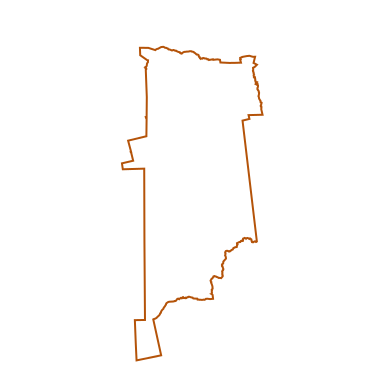 the district of Río Seco, Córdoba, Argentina, rotated 77°
{"feature_id": "61730980B71498262551365", "entity_name": "Río Seco", "entity_type": "district", "adm_level": 2, "iso_a3": "ARG", "parent_name": "Argentina", "parent_adm1": "Córdoba", "projection": "natural_earth1", "projection_center": [-63.26, -30.047], "detail": "fine", "context": "isolated", "style": "outline", "palette": "amber", "viewbox_px": 384, "rotation_deg": 77, "n_neighbors": 0, "source": "geoboundaries", "source_scale": "gbopen_adm2", "svg_char_len": 5965}
<svg xmlns="http://www.w3.org/2000/svg" viewBox="0 0 384 384"><g transform="rotate(77 192 192)"><path d="M82.6,100.1L80.5,102.5L80.1,103.0L74.4,100.1L74.0,102.1L73.3,103.5L72.2,105.4L72.1,105.9L72.1,106.7L71.9,107.8L71.7,112.3L71.8,112.3L72.1,114.8L73.6,114.7L73.6,115.3L77.0,115.2L75.7,121.7L74.6,126.7L72.2,135.2L69.5,135.0L68.5,137.3L68.0,141.6L67.4,141.7L67.2,145.8L66.7,145.9L66.4,146.1L66.4,146.8L66.3,147.1L66.2,147.3L65.7,147.4L65.1,148.2L65.0,148.4L65.0,149.1L64.9,149.4L64.5,149.8L63.9,151.0L64.0,151.5L64.4,151.8L64.4,152.0L64.1,152.3L64.1,152.7L63.9,153.2L64.2,153.6L63.4,154.2L63.1,154.2L62.9,154.1L62.4,154.1L62.0,154.7L61.2,154.9L60.5,154.7L60.1,154.8L59.7,155.1L59.4,155.7L59.3,155.8L59.1,156.1L59.1,156.6L57.4,157.7L56.7,158.5L55.9,158.9L55.1,160.7L54.8,160.8L54.3,162.4L54.4,163.7L54.0,165.5L54.0,166.6L53.8,167.4L53.8,168.5L54.0,169.3L54.2,169.8L54.8,170.8L54.4,171.1L54.5,171.6L54.3,171.9L53.6,172.2L53.5,172.5L53.0,172.5L52.4,173.9L51.4,175.1L51.3,175.4L50.8,175.6L50.6,176.1L50.6,176.5L50.4,176.6L50.0,177.4L49.5,177.9L49.4,178.4L49.6,179.2L49.6,179.7L48.4,181.3L47.8,182.4L47.8,182.8L47.4,183.1L46.7,183.3L46.3,184.1L45.8,184.6L45.6,185.3L45.2,186.1L44.8,186.3L44.0,187.5L44.0,188.5L43.8,189.3L44.4,191.6L44.8,192.7L44.7,193.6L45.0,195.0L45.5,195.8L41.7,202.2L39.8,210.3L47.1,211.7L54.0,205.5L54.0,205.3L55.7,205.8L56.5,206.8L57.3,207.2L58.1,207.4L59.1,207.9L59.5,208.4L59.7,209.0L59.9,209.5L60.0,209.4L60.2,209.0L60.5,209.2L60.9,209.0L61.3,209.5L61.5,209.4L61.7,208.8L61.9,208.8L62.8,209.6L89.4,214.7L108.5,219.3L108.5,220.2L109.7,220.1L109.8,219.6L127.4,223.9L127.6,242.7L139.4,242.3L139.4,242.7L139.8,242.6L140.3,242.4L148.3,242.3L148.3,253.8L154.3,254.3L158.5,233.3L229.6,249.5L306.1,266.6L304.0,276.5L326.6,280.8L343.6,283.9L344.2,258.8L307.4,258.4L307.2,257.6L307.2,256.8L307.0,255.9L306.7,254.9L306.0,253.9L304.7,251.6L303.8,250.7L303.1,250.4L302.7,249.5L301.4,248.9L300.7,248.1L300.2,247.6L299.5,246.4L299.2,246.0L298.4,245.6L297.9,245.0L297.4,244.2L296.5,243.5L295.9,242.7L295.3,242.5L294.6,241.9L293.8,239.8L293.9,238.2L294.3,236.1L294.5,234.5L294.5,234.0L294.3,233.5L294.5,232.8L294.2,231.8L293.4,231.1L293.1,230.7L292.8,230.2L292.8,229.5L292.8,229.4L293.2,229.2L293.6,228.6L293.2,228.1L292.7,226.8L293.2,226.4L293.3,225.9L292.8,225.5L292.4,224.6L292.4,224.4L292.9,224.3L293.3,224.5L293.4,224.3L293.4,223.7L293.7,222.9L293.5,222.6L293.5,222.3L294.0,222.2L294.1,221.4L293.5,220.4L293.5,220.1L293.6,219.5L293.3,219.1L293.3,218.7L293.4,218.3L294.1,217.2L294.9,215.7L295.0,215.2L295.9,214.8L296.2,214.2L297.1,210.9L298.1,210.8L298.2,210.3L298.2,209.9L298.7,209.1L298.7,208.5L299.2,207.2L299.5,205.7L299.5,204.6L299.8,204.3L299.8,203.9L299.6,203.0L299.3,202.6L299.2,202.3L299.4,201.7L299.5,200.8L299.9,199.9L300.1,199.2L300.4,198.6L300.8,195.5L297.2,195.1L296.8,195.1L296.1,195.6L295.9,195.8L295.9,195.6L295.6,195.5L295.2,195.7L294.5,195.4L294.2,195.1L293.1,195.1L292.5,194.9L292.4,194.7L291.7,194.8L291.2,194.3L291.0,193.8L290.3,193.5L289.4,193.5L288.5,193.3L286.3,193.5L285.0,193.7L284.7,193.8L284.2,193.4L283.8,193.7L283.5,193.8L282.4,193.8L281.9,193.2L280.9,192.4L280.8,191.6L280.6,191.4L279.7,190.6L279.5,190.2L279.3,190.1L279.4,189.9L279.0,189.5L278.9,189.3L278.9,189.1L279.6,188.1L279.7,187.7L280.4,187.0L280.6,186.5L280.8,186.2L281.7,185.4L281.7,185.0L281.9,184.7L282.2,183.5L282.5,183.0L281.2,181.2L280.9,181.0L280.4,180.9L280.2,181.1L279.9,181.1L279.1,180.8L278.7,181.0L278.5,180.8L277.9,180.7L277.6,180.5L277.2,180.5L276.5,180.6L275.9,180.4L275.5,179.6L274.9,179.5L274.7,179.0L274.3,178.8L273.5,178.8L273.0,179.0L272.0,178.9L271.3,179.4L271.0,179.4L270.6,179.1L270.2,179.3L269.8,179.3L269.5,179.1L269.4,178.9L269.2,178.9L269.0,178.5L268.8,178.0L268.6,177.7L268.2,177.5L267.6,177.4L267.0,177.2L266.4,176.6L266.1,176.0L265.7,175.6L265.0,174.5L264.7,174.1L264.3,173.8L262.8,173.7L261.1,174.0L260.9,173.7L259.2,173.1L258.8,173.4L258.4,173.3L257.9,173.0L257.3,172.5L257.2,172.4L257.1,171.7L257.2,170.9L257.5,170.3L257.7,170.2L258.0,169.8L258.0,169.2L258.4,169.1L258.4,168.5L258.2,168.3L258.1,167.7L257.3,166.4L257.3,165.7L257.3,165.4L256.6,164.7L255.9,164.2L255.9,163.9L255.9,163.5L255.7,163.3L255.7,162.9L255.5,162.4L255.6,162.1L255.6,161.5L255.7,161.0L255.6,160.7L255.0,160.7L254.6,160.3L253.7,160.0L253.5,159.5L252.5,159.8L252.0,159.7L252.0,159.3L251.5,157.8L251.5,157.2L251.4,157.0L251.6,156.5L251.6,156.2L251.3,156.0L250.7,155.3L250.8,154.9L251.0,154.4L250.8,153.9L251.1,153.6L251.1,153.4L250.2,153.0L249.8,153.2L249.6,152.9L248.9,152.7L248.8,152.4L248.8,151.5L248.6,151.1L249.0,150.6L249.1,150.1L249.3,149.9L249.6,149.8L249.3,149.4L249.3,148.2L249.9,147.4L250.7,146.7L250.5,146.2L250.3,145.9L251.1,145.3L251.4,144.9L251.8,144.9L252.2,144.8L252.6,145.0L253.1,145.0L253.7,144.6L254.0,144.6L254.2,144.8L254.3,144.8L254.4,144.5L254.7,144.0L254.6,143.7L254.7,143.4L254.4,142.9L254.2,141.7L254.6,141.1L255.1,140.9L255.1,140.7L254.6,140.4L254.4,140.2L254.5,139.9L133.8,126.7L133.7,119.6L129.8,119.6L132.6,105.9L126.7,105.9L125.7,105.4L124.8,105.3L124.4,105.2L124.2,105.7L123.7,105.7L123.2,105.6L122.4,104.9L121.9,104.8L121.4,104.4L120.6,104.1L120.3,104.4L120.0,105.0L119.3,105.0L118.7,104.8L118.3,104.8L117.8,105.1L116.2,105.6L114.1,105.5L113.5,105.7L112.7,105.1L112.0,104.9L111.6,104.7L110.4,104.3L109.5,104.5L109.1,104.3L108.4,104.4L107.5,104.7L107.4,104.9L106.6,105.1L106.5,104.9L105.4,104.9L105.0,104.5L104.4,104.1L102.9,103.7L102.6,103.9L102.2,104.6L101.8,105.0L101.8,104.5L101.5,104.1L101.0,104.0L101.0,103.8L100.8,103.8L100.6,104.3L100.3,104.7L100.3,104.9L100.4,105.2L100.2,105.4L99.8,105.2L99.4,104.5L99.2,105.0L98.8,105.1L98.6,105.3L98.2,105.3L97.8,105.2L97.4,105.3L97.2,105.1L96.8,105.2L96.4,105.0L94.8,104.9L94.7,105.3L94.3,105.2L94.4,105.7L94.0,105.9L92.8,105.6L92.2,105.7L91.8,105.4L91.2,105.3L91.1,105.1L90.5,105.3L90.1,105.3L89.8,105.1L89.4,105.2L88.9,105.1L88.5,105.4L88.2,105.4L87.3,105.3L87.0,104.9L84.7,104.6L84.5,104.1L84.5,103.5L84.1,102.5L82.6,100.1Z" fill="none" stroke="#b45309" stroke-width="2"/></g></svg>